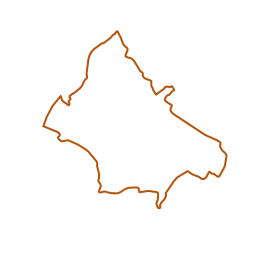 Mambéré-Kadéï, Natural Earth projection, rotated 59°
{"feature_id": "CAF-801", "entity_name": "Mambéré-Kadéï", "entity_type": "Prefecture", "adm_level": 1, "iso_a3": "CAF", "parent_name": "Central African Republic", "parent_adm1": "", "projection": "natural_earth1", "projection_center": [15.964, 4.523], "detail": "fine", "context": "isolated", "style": "outline", "palette": "amber", "viewbox_px": 256, "rotation_deg": 59, "n_neighbors": 0, "source": "natural_earth", "source_scale": "10m", "svg_char_len": 3350}
<svg xmlns="http://www.w3.org/2000/svg" viewBox="0 0 256 256"><g transform="rotate(59 128 128)"><path d="M71.5,162.2L70.6,161.4L70.2,159.2L70.1,154.4L69.3,149.4L68.7,147.1L67.6,144.8L65.1,141.2L64.6,140.1L64.1,138.0L63.7,137.1L62.8,136.6L59.7,135.3L48.3,126.2L45.7,123.3L43.8,119.8L42.8,115.8L42.3,109.5L41.9,108.1L42.0,107.6L42.3,106.6L42.6,104.6L42.6,103.8L41.6,95.9L41.2,94.9L40.8,94.1L40.5,93.2L40.7,91.0L40.4,90.2L39.9,89.5L39.6,88.5L39.7,87.3L40.7,87.3L46.5,87.6L52.9,88.8L54.5,88.8L55.9,88.6L58.5,87.7L59.3,87.6L60.1,87.8L61.0,88.2L61.1,88.3L63.7,91.8L64.6,92.7L65.0,93.0L65.4,93.1L66.1,92.9L67.2,92.0L70.3,89.1L72.3,88.5L74.1,88.3L85.8,88.1L86.9,87.6L87.4,87.3L87.8,87.1L88.7,87.2L90.3,88.2L90.6,88.3L91.2,88.5L93.3,88.3L93.7,88.2L94.3,87.9L98.7,84.4L99.5,84.0L99.9,83.9L100.3,84.1L101.2,84.8L104.1,86.3L105.7,86.3L106.2,86.3L106.6,86.4L107.3,86.7L107.9,86.8L113.4,86.8L113.8,86.6L113.0,77.4L112.8,76.5L112.4,75.8L112.2,75.4L112.0,74.9L112.2,74.3L112.4,73.7L114.5,70.8L114.7,70.1L114.7,69.5L114.7,69.1L115.1,68.9L115.9,68.7L118.1,68.7L119.0,68.9L119.4,69.2L119.2,70.8L119.3,71.5L119.5,72.2L120.3,74.1L120.6,74.9L120.7,75.4L120.6,76.0L120.5,76.5L120.4,77.0L120.4,77.5L120.5,78.2L120.7,78.8L122.1,81.5L122.8,81.9L124.0,82.0L128.1,80.3L130.1,79.1L130.9,78.8L131.6,79.0L132.0,79.5L132.9,80.8L133.6,81.7L134.7,82.4L136.0,82.6L137.9,82.3L140.2,81.5L173.8,65.4L184.3,58.0L186.8,56.7L188.5,56.4L190.2,57.8L191.5,58.6L193.5,58.9L196.3,58.6L199.1,57.8L200.8,57.5L202.0,57.6L202.9,58.1L210.2,64.3L211.7,66.3L216.4,74.5L216.4,75.4L216.0,76.0L215.4,76.5L212.8,77.5L211.8,78.0L211.1,78.6L210.1,79.6L209.6,80.0L209.1,80.1L208.1,80.3L207.9,80.4L207.7,80.5L207.5,80.8L207.5,81.1L207.6,81.4L210.5,86.3L210.8,88.7L210.6,89.3L210.3,90.2L209.8,90.9L209.1,91.3L208.4,91.6L207.9,91.7L207.2,92.0L206.3,92.5L200.9,96.7L198.0,98.1L196.6,98.5L196.2,98.7L195.7,99.3L195.7,110.1L195.9,111.8L196.8,114.9L197.4,116.4L203.1,128.8L203.8,129.5L205.4,130.1L206.7,131.6L207.7,133.4L208.4,135.2L209.1,137.8L209.5,138.6L210.7,140.2L210.9,140.6L211.3,140.7L212.9,141.3L212.7,142.8L212.2,143.1L211.4,143.3L208.0,142.8L207.7,142.7L207.1,142.3L206.0,141.0L205.5,140.2L205.0,139.6L200.7,136.5L199.9,136.1L199.1,136.0L198.4,136.0L197.8,136.3L197.0,137.2L195.2,139.6L194.3,140.5L192.3,143.3L189.0,151.2L188.4,150.9L186.3,150.5L184.8,150.0L184.1,150.4L183.3,151.4L180.4,156.6L179.6,158.4L179.2,159.7L179.0,161.0L178.9,163.6L179.1,167.1L179.0,168.2L178.9,169.3L178.6,170.2L178.1,171.6L175.3,175.7L172.5,178.8L170.9,180.2L170.5,180.7L170.1,181.2L169.4,184.0L169.1,184.7L168.8,185.3L168.3,185.6L167.8,185.7L167.0,185.2L164.5,182.0L163.7,181.2L162.8,180.8L161.9,180.6L159.2,180.7L158.3,180.6L157.5,180.3L157.0,179.8L156.6,179.2L155.8,178.5L152.8,176.7L151.1,176.0L144.9,174.2L144.3,173.9L143.7,173.5L143.2,173.0L142.7,172.6L142.1,172.3L141.1,172.2L139.6,172.3L127.9,174.1L125.0,175.1L116.7,179.3L108.6,184.9L107.4,186.1L105.7,190.9L105.3,191.6L104.5,192.2L103.5,192.6L101.5,193.1L100.5,193.0L99.9,192.7L99.4,190.7L99.2,190.4L98.8,190.1L98.4,189.8L97.7,189.7L97.1,189.7L96.1,190.0L94.6,190.9L83.3,199.3L82.9,199.6L82.2,198.8L76.4,191.6L70.2,181.1L66.0,169.4L67.2,169.4L69.5,170.1L70.7,170.2L72.1,169.9L74.9,168.4L76.5,167.9L77.9,167.2L77.7,166.3L76.9,165.6L75.8,165.4L74.8,165.4L74.3,164.9L74.1,163.7L73.6,162.5L72.6,162.0L71.5,162.2Z" fill="none" stroke="#b45309" stroke-width="2"/></g></svg>